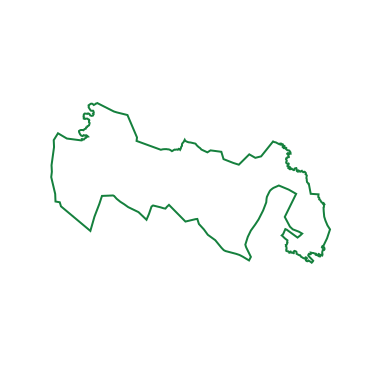 the district of Maiyama, Kebbi, Nigeria, rotated 129°
{"feature_id": "59680162B34961354684930", "entity_name": "Maiyama", "entity_type": "district", "adm_level": 2, "iso_a3": "NGA", "parent_name": "Nigeria", "parent_adm1": "Kebbi", "projection": "robinson", "projection_center": [4.24, 12.008], "detail": "fine", "context": "isolated", "style": "outline", "palette": "green", "viewbox_px": 384, "rotation_deg": 129, "n_neighbors": 0, "source": "geoboundaries", "source_scale": "gbopen_adm2", "svg_char_len": 5953}
<svg xmlns="http://www.w3.org/2000/svg" viewBox="0 0 384 384"><g transform="rotate(129 192 192)"><path d="M286.2,246.5L272.5,252.3L259.6,256.5L251.7,259.5L244.4,251.2L244.1,250.0L244.7,246.3L244.7,241.5L244.2,237.1L243.9,232.1L241.3,220.9L242.2,209.9L236.2,211.6L228.8,214.3L227.0,213.8L223.7,206.8L222.6,204.0L221.6,202.2L219.4,202.2L216.5,201.8L219.1,178.5L210.8,172.1L209.6,170.9L212.5,166.5L213.6,159.2L215.3,152.8L214.8,143.6L216.8,134.0L217.2,130.8L216.8,128.8L212.3,118.8L211.1,115.6L210.8,114.3L210.3,111.8L209.3,104.6L205.4,105.4L201.0,114.9L200.3,116.1L199.8,116.7L199.4,117.4L191.8,120.4L184.9,122.0L177.5,122.4L171.4,123.0L161.6,125.1L153.3,127.8L150.5,129.7L148.7,130.7L143.6,131.9L141.7,132.2L139.8,131.9L137.6,131.3L132.3,128.6L129.3,118.4L127.9,109.9L153.0,104.2L157.3,94.1L157.6,90.2L155.6,84.0L155.0,80.2L157.5,80.5L161.0,81.3L161.7,94.7L162.1,96.1L167.2,94.7L169.3,94.9L169.2,93.8L169.4,92.9L169.6,90.3L169.5,87.4L170.3,86.9L171.2,86.5L171.3,85.9L172.4,85.6L173.3,85.3L174.0,85.7L174.2,85.2L175.0,85.0L175.4,83.8L176.2,83.3L176.7,82.6L177.7,82.4L178.4,81.6L178.0,80.3L177.7,80.1L177.5,79.7L177.4,79.1L178.0,78.2L177.7,77.8L177.3,77.7L176.5,77.9L176.2,77.8L176.3,77.5L176.5,77.3L176.6,76.9L176.4,76.2L176.0,75.8L175.8,75.3L175.7,74.6L175.5,74.4L175.2,74.6L174.7,75.4L173.9,75.2L173.5,75.4L173.2,75.2L173.1,74.7L172.8,74.1L172.8,73.5L172.9,73.0L174.2,71.8L173.6,68.7L173.2,68.4L173.2,67.8L173.7,66.4L173.5,65.6L173.3,63.9L172.9,62.7L172.4,62.5L171.3,62.6L171.1,62.3L171.0,61.4L171.1,61.0L171.6,61.1L173.2,60.8L173.5,60.4L173.5,59.3L173.1,58.6L172.8,58.4L172.0,58.5L171.7,56.8L171.6,54.5L170.0,54.4L169.2,54.5L168.7,58.5L168.5,60.4L168.4,61.1L168.0,61.9L166.9,62.2L166.5,62.2L166.1,61.0L165.6,60.6L165.0,60.8L164.8,61.3L164.4,61.7L163.3,59.5L162.9,59.1L162.7,58.0L162.4,57.4L162.0,57.1L162.0,56.7L162.5,56.7L162.9,56.4L162.8,55.7L162.3,55.1L162.1,53.6L160.9,54.5L160.4,54.5L160.3,54.0L160.5,53.6L161.0,53.0L161.3,52.5L161.4,51.9L161.0,51.8L159.7,52.3L159.3,52.1L159.2,50.9L158.5,51.2L156.8,53.0L155.4,53.5L154.9,53.9L154.4,53.8L154.0,52.9L153.3,52.9L152.6,53.4L151.9,54.4L151.9,54.8L152.5,55.2L153.0,55.3L153.3,55.5L153.3,56.0L153.2,56.3L151.9,56.6L150.7,56.1L143.0,57.9L134.2,61.2L132.7,65.7L130.3,70.2L128.0,73.7L124.1,77.5L121.3,80.0L120.7,80.0L119.2,81.2L118.3,81.2L117.8,82.6L117.8,83.0L118.2,83.2L118.6,83.2L118.4,83.8L118.4,84.3L118.5,84.9L118.2,85.3L118.1,86.0L117.6,87.2L117.7,88.5L117.0,88.8L116.7,89.1L116.4,89.7L116.6,90.4L116.3,90.8L114.2,92.2L118.7,98.6L112.1,106.4L112.4,106.8L112.1,107.3L111.9,108.8L110.9,110.0L109.7,111.0L109.2,111.9L106.9,113.2L106.7,114.4L106.7,114.9L105.7,115.3L105.4,116.7L105.4,117.2L105.7,117.6L106.3,117.7L106.6,118.0L106.6,118.7L106.7,119.2L106.4,120.0L106.9,120.3L107.3,120.2L107.8,120.4L108.2,120.8L108.1,122.0L108.3,122.9L108.9,123.1L109.6,122.7L109.7,123.2L109.7,123.7L108.7,124.7L107.8,126.0L108.1,126.3L108.4,126.4L108.8,126.8L109.2,127.0L110.0,126.8L110.5,126.4L110.9,126.6L111.2,127.9L111.2,128.5L111.1,128.9L111.1,129.2L111.4,129.4L111.8,129.4L112.7,130.2L112.8,130.6L112.6,131.5L112.7,131.9L112.3,131.9L111.8,131.5L111.1,131.3L111.0,131.6L111.1,132.0L111.7,132.5L112.0,133.5L112.0,133.9L111.6,134.3L111.1,134.3L110.3,134.0L109.1,134.7L109.1,135.0L109.8,135.5L110.0,135.8L110.2,136.2L110.2,136.7L109.6,137.6L109.2,137.7L108.7,137.7L107.8,138.3L107.5,139.4L106.9,139.8L106.5,140.0L105.6,139.5L105.1,139.7L104.8,139.5L104.0,138.7L103.6,139.0L103.3,139.8L103.0,140.2L102.5,140.3L101.9,140.3L101.9,140.8L102.5,141.8L102.4,142.1L102.2,142.1L101.3,141.9L101.2,141.7L101.1,141.3L101.3,140.9L101.2,140.5L100.6,140.1L100.2,139.5L99.5,140.1L99.1,140.7L98.9,141.8L98.6,142.2L98.7,142.8L99.2,143.7L99.5,144.1L99.5,145.9L99.3,146.1L98.5,146.4L98.5,146.7L99.3,147.3L99.5,147.6L100.0,147.9L100.2,148.3L100.1,148.7L99.8,148.9L99.6,148.9L98.7,148.4L98.0,149.2L98.2,149.5L98.4,149.6L99.9,149.5L100.0,149.8L99.7,150.1L98.4,150.5L97.8,151.4L97.8,151.6L99.2,152.4L99.6,153.4L99.6,153.7L99.3,153.6L98.8,153.2L98.5,153.1L98.3,153.1L98.3,153.3L98.8,153.8L99.5,154.4L100.0,154.5L100.7,158.1L101.5,159.6L101.7,160.8L120.8,160.7L125.6,164.3L126.7,171.2L141.3,172.8L143.4,178.1L146.6,188.2L142.3,194.5L148.0,203.8L151.5,205.0L153.1,211.4L152.8,213.3L152.9,215.3L152.8,216.5L152.7,217.8L152.3,219.2L152.3,219.9L154.5,224.4L155.4,225.7L156.0,227.2L156.5,229.4L156.0,230.5L158.4,230.0L160.4,230.1L161.3,229.8L162.3,228.9L162.6,228.8L163.4,228.9L165.2,228.1L166.7,227.8L166.5,228.9L166.8,229.5L168.1,229.6L168.3,230.2L168.8,230.9L169.8,231.7L170.0,232.2L170.6,232.5L171.5,232.8L172.3,233.0L172.9,233.3L172.9,233.9L173.1,235.6L173.2,236.1L173.6,237.0L174.3,238.0L174.6,238.6L175.7,240.0L177.1,241.5L178.8,242.8L187.2,267.2L184.2,269.1L172.8,290.6L177.4,300.4L178.6,303.4L182.5,321.6L183.2,321.8L183.7,322.3L184.5,322.4L186.2,323.1L186.1,324.2L186.3,325.3L187.0,326.1L188.8,326.7L189.7,326.9L189.9,326.4L190.9,325.9L191.3,325.5L192.2,322.8L192.4,321.8L191.9,320.9L191.1,320.1L191.2,319.5L192.2,318.2L193.3,318.3L193.5,317.4L195.0,317.1L196.0,317.9L196.5,319.3L195.9,320.9L196.3,322.2L196.9,322.2L198.5,324.7L199.0,324.9L199.3,324.8L200.0,324.8L200.4,324.4L201.4,324.0L201.8,323.5L201.8,323.0L202.6,322.8L203.1,322.3L202.6,321.1L201.8,320.7L200.8,319.4L200.9,318.6L200.6,318.0L200.6,317.5L200.8,317.0L201.4,316.9L202.6,316.0L202.6,315.3L203.1,314.8L204.9,314.0L205.9,314.2L206.7,314.7L207.4,314.4L208.0,314.5L208.5,314.9L209.1,314.6L209.7,314.4L210.3,314.9L211.3,315.2L212.3,315.2L212.7,316.1L213.9,317.5L214.9,318.0L215.7,318.2L216.4,317.6L217.5,315.5L217.9,313.8L217.6,312.8L217.6,312.4L217.3,312.1L216.6,312.1L215.9,311.9L215.6,310.7L214.7,310.2L214.4,309.8L214.3,308.6L214.4,307.7L215.5,308.5L216.0,308.7L216.6,308.5L218.0,309.1L219.1,309.0L219.6,309.4L219.8,310.3L220.2,310.8L220.7,310.2L221.1,310.1L221.5,310.4L229.2,322.9L230.7,333.1L238.7,332.1L243.9,327.5L259.6,318.0L264.5,313.6L269.0,310.8L279.6,297.1L285.3,292.1L283.2,288.3L285.6,284.8L286.2,246.5Z" fill="none" stroke="#15803d" stroke-width="2"/></g></svg>